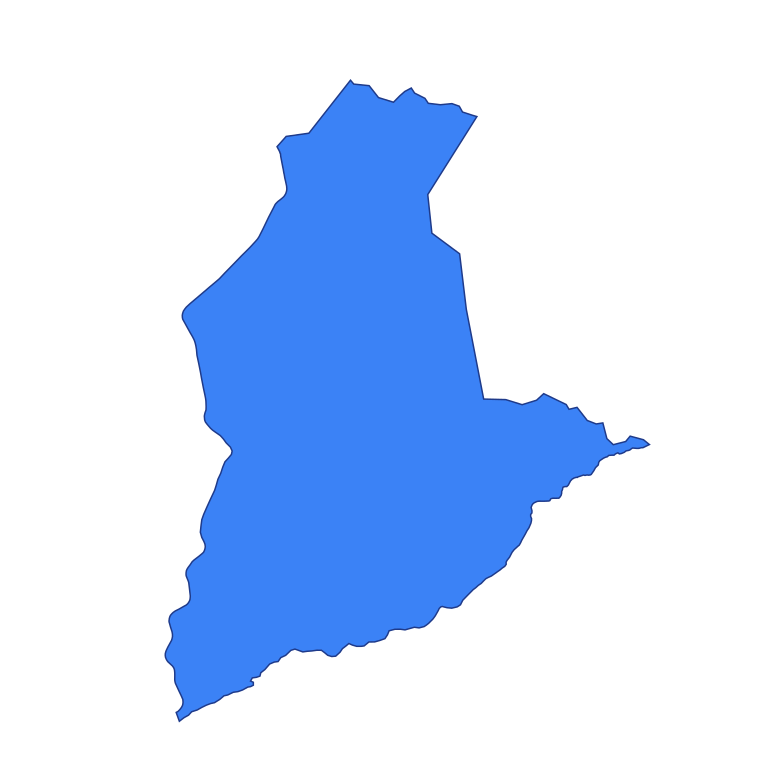 Cardona, Soriano, Uruguay (Albers equal-area conic projection), rotated 82°
{"feature_id": "84410073B72451431142399", "entity_name": "Cardona", "entity_type": "district", "adm_level": 2, "iso_a3": "URY", "parent_name": "Uruguay", "parent_adm1": "Soriano", "projection": "albers", "projection_center": [-57.207, -33.843], "detail": "fine", "context": "isolated", "style": "filled", "palette": "blue", "viewbox_px": 768, "rotation_deg": 82, "n_neighbors": 0, "source": "geoboundaries", "source_scale": "gbopen_adm2", "svg_char_len": 5168}
<svg xmlns="http://www.w3.org/2000/svg" viewBox="0 0 768 768"><g transform="rotate(82 384 384)"><path d="M403.9,561.8L405.9,560.1L408.4,557.5L412.0,553.6L412.4,553.2L416.1,550.7L420.3,548.5L425.1,544.9L429.2,543.7L432.5,544.9L435.7,548.4L438.9,552.3L443.8,555.2L449.7,558.1L455.2,561.7L460.9,564.2L465.7,566.5L473.5,571.6L481.2,576.5L488.0,580.7L493.0,583.3L498.8,584.9L505.2,586.5L510.5,585.8L515.1,584.2L517.7,583.6L520.1,583.6L521.9,584.1L523.7,584.9L525.5,586.1L526.7,587.8L528.8,591.2L531.9,596.7L532.4,597.4L533.3,598.7L536.0,601.1L538.4,603.5L539.7,604.6L541.2,605.6L543.1,606.2L544.8,606.5L545.9,606.6L546.9,606.5L549.4,605.9L551.7,605.3L553.6,605.0L558.8,605.1L566.6,605.3L568.0,605.5L569.6,605.9L570.6,606.2L572.0,607.0L573.1,607.9L574.1,608.8L574.7,609.6L575.4,610.7L576.4,613.4L578.4,618.4L579.7,622.3L580.9,624.6L582.0,626.1L583.3,627.6L584.5,628.4L586.2,629.2L588.9,629.9L590.1,629.9L591.3,629.7L595.2,629.2L599.7,628.4L602.2,628.3L604.6,628.6L606.4,629.2L608.2,630.0L614.5,634.7L617.7,636.8L619.1,637.5L620.6,638.1L622.4,638.4L624.3,638.4L626.6,637.8L628.8,636.8L632.0,634.2L633.7,632.8L635.6,631.8L637.1,631.4L638.4,631.3L640.8,631.4L643.3,631.7L647.8,632.4L649.7,632.4L651.4,632.2L654.7,631.2L659.4,629.8L664.1,628.3L668.4,627.1L671.2,627.3L672.8,627.7L674.3,628.3L676.0,629.5L677.9,631.4L678.7,632.4L679.6,633.6L680.3,635.5L689.5,633.6L686.6,628.5L684.7,623.6L681.8,620.1L680.8,614.3L678.9,609.5L677.3,604.6L676.3,600.1L676.0,596.2L673.4,590.4L670.5,585.9L670.2,582.0L668.3,576.2L668.3,571.4L667.3,566.6L665.2,561.1L665.1,558.2L664.1,555.3L661.2,554.9L659.6,557.5L656.7,555.3L656.7,551.1L656.0,547.5L652.8,546.2L650.2,541.7L645.4,536.2L644.1,531.4L644.1,527.5L640.6,524.3L639.0,519.1L634.8,513.3L634.1,509.1L635.6,506.2L638.0,501.7L638.0,497.2L638.3,492.7L638.3,487.5L639.0,483.0L641.9,480.1L644.8,477.5L646.6,473.7L646.8,469.7L643.5,464.9L640.3,462.0L638.1,458.1L636.1,454.9L638.1,451.7L640.0,447.5L640.6,443.0L640.6,440.1L637.4,434.9L638.1,429.1L637.4,423.9L636.3,418.5L632.9,415.5L629.1,413.3L628.4,407.4L629.1,402.0L630.4,397.4L629.7,392.3L629.1,387.8L630.4,383.2L629.8,378.0L628.7,375.7L627.2,373.1L623.5,368.2L620.7,365.5L616.0,361.9L613.9,360.5L612.7,358.9L612.4,357.3L613.1,355.7L614.3,352.7L615.4,348.1L614.9,342.5L613.3,339.0L609.1,336.1L604.3,329.9L600.1,324.4L598.5,321.5L596.5,318.6L595.0,315.5L592.8,312.7L591.0,310.3L590.1,307.8L589.1,304.4L585.6,297.6L584.3,295.0L582.7,292.5L581.4,289.8L579.6,288.1L577.5,287.9L576.0,286.9L573.0,283.8L568.5,280.6L566.1,278.1L564.5,275.7L563.3,274.0L562.4,272.5L560.2,270.8L558.0,269.4L552.3,265.0L549.2,262.8L546.6,260.5L542.3,257.9L539.9,257.0L537.8,256.6L536.8,256.9L535.4,257.2L533.6,256.9L532.3,255.5L530.2,255.1L526.7,255.5L524.4,254.2L523.2,253.0L522.5,251.7L521.6,248.8L521.6,246.8L521.9,244.8L522.3,242.1L522.6,239.1L522.8,237.0L522.5,235.9L521.4,235.3L520.8,234.6L520.6,232.7L521.0,230.2L521.4,226.7L520.6,225.6L518.9,224.1L517.0,223.3L515.1,223.0L513.3,221.9L511.7,221.4L511.0,220.9L510.8,219.0L511.0,217.2L509.7,215.5L508.0,214.3L505.9,212.8L504.9,211.5L504.2,210.7L504.0,209.8L503.6,209.1L503.2,206.8L503.4,205.4L502.9,204.7L502.7,203.1L501.9,199.1L502.5,197.7L502.3,195.5L502.7,194.5L502.8,192.6L502.4,191.4L499.1,188.3L496.3,186.2L494.0,183.1L492.8,182.7L491.5,182.3L490.0,181.0L488.1,177.2L487.4,175.0L487.1,172.9L486.0,171.4L486.2,168.1L486.5,166.1L485.4,164.5L484.7,162.0L486.0,160.7L485.9,158.6L485.1,155.6L483.9,153.5L483.8,150.8L483.4,149.4L482.4,147.8L482.0,146.7L483.0,142.4L483.2,140.5L482.9,138.2L483.1,136.4L480.9,129.6L475.3,134.8L469.9,147.5L474.6,152.7L476.0,165.4L469.1,170.9L453.0,172.7L453.1,179.4L448.4,187.8L434.0,196.1L434.8,204.3L429.7,206.4L415.8,227.2L421.3,235.2L423.7,250.1L416.4,265.6L412.8,287.4L321.5,292.1L265.6,291.0L241.3,315.6L202.5,314.3L132.1,254.8L130.1,259.2L125.6,268.4L119.4,270.8L115.8,277.7L115.3,289.3L112.2,301.1L106.8,303.7L100.2,313.2L94.7,315.8L97.2,322.7L100.8,328.2L106.3,335.4L99.6,349.6L86.5,357.2L82.8,372.2L78.5,374.9L125.2,423.5L125.2,446.4L134.1,456.9L139.1,455.1L139.5,455.0L139.9,454.9L140.3,454.9L140.7,454.8L141.1,454.7L141.4,454.6L141.7,454.4L142.1,454.5L144.2,454.6L146.3,454.5L156.1,454.0L157.2,453.9L161.4,453.8L161.9,453.7L164.4,453.6L165.7,453.6L168.1,453.4L169.0,453.3L173.1,453.0L174.6,452.9L175.8,453.0L176.6,453.0L177.8,453.2L179.3,453.6L180.6,454.2L181.8,454.8L182.8,455.6L184.0,456.6L184.9,457.6L185.3,458.3L185.8,459.0L186.7,460.5L187.7,462.2L188.3,463.3L188.9,464.2L189.7,465.2L190.3,466.0L191.2,466.9L192.1,467.5L193.7,468.6L202.7,475.0L213.8,482.4L220.7,487.2L222.8,489.0L224.9,491.4L230.3,498.0L237.4,507.5L245.2,517.5L251.9,526.2L256.8,532.3L258.8,535.4L263.3,542.6L270.5,553.9L277.3,564.7L280.3,569.0L282.0,570.8L283.9,572.5L286.1,573.6L287.9,574.2L290.1,574.4L291.8,574.3L293.9,573.5L297.3,572.2L301.5,570.6L306.2,568.8L310.6,567.0L313.8,565.9L316.8,565.3L319.9,565.0L323.5,564.9L329.6,565.2L338.0,564.6L346.8,564.1L352.8,563.9L362.6,563.4L369.6,562.9L373.1,562.7L375.6,562.7L376.9,562.8L381.6,563.3L383.4,563.6L385.0,563.9L386.2,564.5L387.1,565.0L389.0,565.8L390.8,566.4L394.4,566.6L395.7,566.4L397.1,566.0L398.1,565.4L399.4,564.7L403.9,561.8Z" fill="#3b82f6" stroke="#1e3a8a" stroke-width="1.5"/></g></svg>